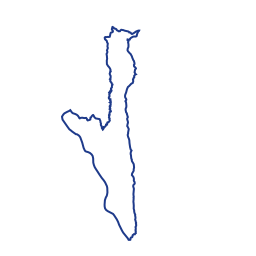 Nariño, Cundinamarca, Colombia, rotated 321°
{"feature_id": "7082276B15133732541467", "entity_name": "Nariño", "entity_type": "district", "adm_level": 2, "iso_a3": "COL", "parent_name": "Colombia", "parent_adm1": "Cundinamarca", "projection": "natural_earth1", "projection_center": [-74.789, 4.405], "detail": "fine", "context": "isolated", "style": "outline", "palette": "blue", "viewbox_px": 256, "rotation_deg": 321, "n_neighbors": 0, "source": "geoboundaries", "source_scale": "gbopen_adm2", "svg_char_len": 5694}
<svg xmlns="http://www.w3.org/2000/svg" viewBox="0 0 256 256"><g transform="rotate(321 128 128)"><path d="M179.5,39.7L177.8,40.9L177.5,41.2L177.4,41.7L177.4,42.9L177.1,43.4L176.7,43.7L176.0,43.7L175.3,43.3L174.7,43.2L174.1,43.3L172.2,44.9L171.2,45.6L170.4,45.2L169.1,44.1L168.2,43.7L167.7,43.1L167.1,43.0L166.8,43.1L166.1,44.2L166.0,44.5L166.1,45.7L166.3,46.3L166.3,47.0L165.6,48.4L165.5,49.6L163.4,51.6L163.1,52.1L162.9,52.8L162.5,53.3L160.5,54.4L160.0,55.7L159.3,56.4L158.2,56.8L157.9,57.0L156.9,58.8L156.1,59.9L155.5,60.9L153.9,62.3L151.8,65.1L151.5,67.1L151.6,69.0L151.4,70.6L151.1,71.6L150.5,72.2L150.4,72.8L150.2,73.2L149.8,73.3L149.3,73.2L148.7,73.8L148.0,74.2L147.5,75.2L147.4,76.3L146.6,77.5L145.5,78.4L144.8,78.6L145.0,79.1L144.5,79.3L144.1,80.1L143.6,80.6L143.7,82.5L143.3,83.1L143.2,83.6L143.4,84.4L143.1,84.7L142.4,84.8L142.0,85.1L141.1,86.3L140.9,86.4L139.7,86.5L139.1,87.2L138.9,88.4L138.5,88.7L138.3,88.6L138.2,88.1L137.9,88.0L137.7,88.2L137.7,89.0L137.4,89.1L137.2,88.3L137.0,88.2L136.7,88.3L136.5,89.0L136.3,89.2L136.2,89.1L135.9,88.6L135.5,88.6L135.4,89.0L135.4,89.6L135.3,89.9L134.5,90.2L134.1,91.1L133.8,91.4L133.5,91.5L133.3,92.0L132.4,92.1L131.8,92.9L131.7,93.3L131.8,93.6L132.4,94.5L132.1,94.7L132.0,95.3L131.5,95.3L131.2,95.5L131.2,96.6L131.0,97.1L130.7,97.3L130.1,97.1L130.2,97.4L130.1,97.8L129.4,98.8L128.8,99.0L128.5,99.6L128.4,99.8L128.1,99.8L127.8,99.4L127.5,99.5L127.2,99.9L127.4,100.4L126.5,101.0L126.5,101.7L126.3,101.9L125.8,101.7L125.5,101.8L125.4,102.1L125.6,102.5L125.5,103.0L125.4,103.9L125.1,104.4L124.8,104.4L124.3,104.0L123.7,104.1L123.3,104.7L122.9,104.9L122.8,105.0L122.0,106.3L121.9,106.3L121.5,105.9L121.3,106.0L120.7,107.2L120.2,107.5L119.9,107.7L119.8,108.9L119.3,109.0L119.1,109.2L119.0,109.9L118.5,110.8L116.4,111.3L115.9,111.1L115.6,110.7L115.3,110.8L114.2,111.7L113.9,112.2L113.5,112.1L113.0,111.6L112.6,112.1L112.2,112.3L111.5,112.3L111.2,112.5L110.6,112.5L110.2,112.4L109.7,111.9L109.6,112.0L109.6,112.6L107.7,113.4L107.4,113.4L107.6,112.6L107.6,111.7L108.1,111.2L108.2,110.6L108.7,109.6L108.7,109.0L108.9,108.4L109.7,107.7L110.3,106.1L110.9,105.3L111.5,103.2L109.0,100.3L108.8,99.3L108.7,98.5L109.1,96.6L109.1,96.0L108.7,95.8L107.2,96.0L106.0,96.5L105.4,96.3L104.9,96.7L104.3,97.5L104.0,97.7L103.2,97.5L101.5,96.8L101.4,96.2L101.4,95.8L101.8,95.1L101.8,93.8L100.3,92.8L98.8,91.1L97.3,90.2L96.6,90.2L96.5,89.9L96.4,89.6L96.7,88.4L96.7,87.6L96.8,87.2L96.7,86.4L96.5,85.4L95.8,83.9L94.5,81.9L94.3,81.4L94.2,80.2L94.4,77.8L92.8,77.7L91.1,77.2L87.8,76.6L86.3,76.8L84.8,77.3L83.9,77.6L83.7,77.9L82.4,80.3L81.8,88.4L81.6,92.1L82.2,94.5L82.3,95.3L83.6,100.0L84.4,100.8L84.7,101.6L85.1,103.1L85.1,104.5L85.0,105.3L83.2,110.6L81.0,115.5L80.3,118.3L80.3,119.3L80.8,120.2L81.8,121.6L82.7,123.4L83.1,125.6L82.9,127.5L81.8,129.7L79.2,133.1L78.2,135.3L77.5,137.5L77.2,139.8L76.5,146.5L76.2,150.2L76.2,153.4L76.0,155.8L75.0,159.9L74.2,161.5L71.4,165.2L69.8,166.6L68.7,167.4L67.1,168.0L64.6,169.6L61.5,172.9L60.4,174.4L59.6,176.0L59.4,177.8L59.9,179.8L62.3,185.3L62.3,187.0L61.8,191.9L61.2,194.7L60.2,197.6L58.8,203.8L58.4,206.3L58.4,209.0L58.4,213.5L58.1,215.3L59.3,216.3L59.6,216.3L60.3,215.4L61.3,215.0L62.3,215.4L62.7,215.4L63.1,215.2L63.8,214.5L64.3,214.2L65.0,214.3L65.7,214.2L66.4,214.9L67.3,214.6L68.0,214.6L68.4,213.6L69.2,213.1L69.5,212.1L69.8,211.8L70.3,211.6L71.3,210.3L71.4,209.8L71.8,209.5L72.7,209.2L73.2,208.7L73.4,208.2L73.9,207.8L74.1,207.1L74.7,206.7L74.9,205.9L75.4,205.1L75.9,203.7L76.7,203.1L77.3,202.5L77.9,201.6L78.3,200.7L79.2,199.7L79.3,198.9L79.6,198.1L80.2,196.9L80.9,196.0L81.7,194.2L83.6,192.0L85.4,189.4L85.6,188.9L87.8,186.6L88.2,186.1L88.4,185.6L89.1,185.2L89.4,184.6L90.6,182.8L94.3,179.0L94.7,178.1L95.2,176.8L95.8,176.1L96.7,175.6L97.6,175.6L98.2,175.4L98.6,175.0L99.2,173.8L99.2,173.1L99.5,172.4L100.3,171.6L100.9,170.7L101.4,169.3L101.4,167.0L102.5,166.0L105.5,164.8L106.6,163.5L107.8,162.6L108.8,161.1L109.4,160.2L109.8,159.3L110.2,156.3L110.7,155.3L111.2,154.8L111.2,154.3L111.4,153.7L113.3,150.8L113.7,149.8L114.9,148.6L116.6,147.7L116.5,146.5L117.5,144.3L119.7,140.6L121.2,138.5L121.8,137.3L122.5,135.0L123.2,133.5L123.5,133.1L124.7,132.3L125.1,131.7L127.9,129.3L128.5,127.0L128.6,126.0L130.1,124.7L131.3,123.9L131.9,123.0L132.9,120.6L133.1,120.3L134.8,119.4L135.1,118.3L135.5,117.7L135.7,116.8L136.3,116.0L136.4,114.6L137.6,112.3L138.5,111.4L139.4,111.0L140.1,110.4L140.8,109.6L142.2,107.5L142.8,106.5L142.7,105.9L142.9,105.5L143.8,105.2L144.3,105.1L144.7,104.7L144.9,103.9L145.0,102.8L145.3,102.0L146.0,101.1L146.8,100.4L148.9,99.2L151.6,97.2L153.7,96.1L155.3,96.1L158.0,95.7L158.8,95.7L160.0,96.0L161.6,94.9L162.3,93.5L162.6,93.2L163.2,93.2L163.9,92.6L164.5,92.6L165.0,92.4L165.4,91.5L165.8,91.3L167.3,91.0L167.9,91.2L167.8,90.3L168.0,89.8L168.1,88.9L170.2,87.1L170.9,86.9L171.6,86.8L171.7,86.7L171.8,85.6L171.5,84.0L172.3,82.7L173.0,82.4L173.3,82.4L173.9,81.6L174.8,79.6L174.8,78.8L175.6,76.0L176.1,74.8L176.6,72.0L176.4,71.2L176.3,68.8L176.3,68.3L176.5,67.4L177.1,66.7L177.8,66.1L178.1,65.9L178.9,65.6L180.0,64.6L180.1,64.4L181.2,63.0L181.5,62.3L181.9,61.8L182.0,61.4L182.9,60.9L183.0,60.4L182.9,59.5L182.9,59.3L183.4,58.9L184.4,60.2L184.9,60.4L185.1,60.4L185.4,60.0L186.8,59.8L189.1,60.1L190.3,60.7L191.4,61.7L192.2,62.0L192.5,62.0L193.0,61.7L193.9,60.9L195.5,60.0L196.8,59.4L197.5,59.5L197.9,59.3L197.3,58.8L195.1,58.1L192.3,57.9L191.5,57.7L190.9,57.7L190.2,57.4L190.0,56.8L190.0,55.4L189.1,54.5L189.3,54.1L189.0,53.2L186.7,50.3L185.9,48.9L185.3,48.3L184.9,47.7L184.5,47.4L183.5,47.4L182.7,47.7L181.7,47.1L181.6,46.8L181.5,46.4L180.9,45.1L180.9,44.6L181.1,44.1L181.0,43.5L180.6,42.8L179.9,42.0L179.8,41.7L180.0,41.1L179.8,40.9L179.7,39.8L179.5,39.7Z" fill="none" stroke="#1e3a8a" stroke-width="2"/></g></svg>